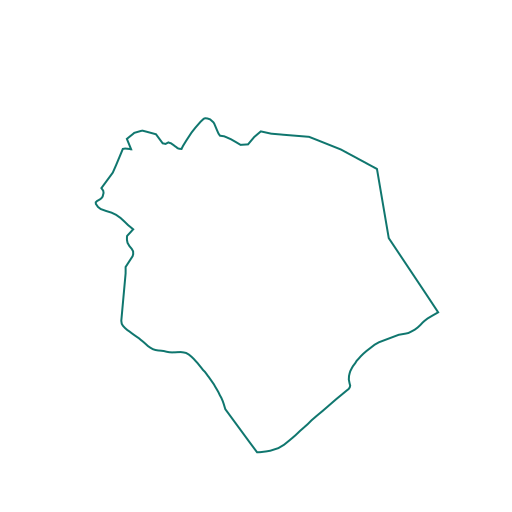 Haydan, Sa`dah, Yemen (Mercator projection), rotated 325°
{"feature_id": "15242507B69358324937252", "entity_name": "Haydan", "entity_type": "district", "adm_level": 2, "iso_a3": "YEM", "parent_name": "Yemen", "parent_adm1": "Sa`dah", "projection": "mercator", "projection_center": [43.376, 16.723], "detail": "fine", "context": "isolated", "style": "outline", "palette": "teal", "viewbox_px": 512, "rotation_deg": 325, "n_neighbors": 0, "source": "geoboundaries", "source_scale": "gbopen_adm2", "svg_char_len": 2903}
<svg xmlns="http://www.w3.org/2000/svg" viewBox="0 0 512 512"><g transform="rotate(325 256 256)"><path d="M372.9,406.6L373.5,384.0L375.0,317.5L405.0,254.1L386.6,217.4L374.4,198.8L373.1,196.8L367.8,188.8L347.4,171.9L346.5,171.1L338.6,164.5L332.9,158.3L331.4,156.7L322.8,157.5L314.2,159.8L313.5,160.0L307.1,156.1L304.8,151.0L302.4,145.9L300.5,142.8L300.0,141.9L299.4,141.0L298.6,139.7L295.5,136.8L295.5,135.1L295.5,134.2L296.2,130.6L296.9,127.4L297.6,124.1L297.7,123.8L297.8,122.1L296.8,117.8L295.1,115.5L293.4,114.0L291.9,113.6L287.7,114.2L280.0,116.1L274.0,117.9L265.0,121.5L259.0,124.1L258.8,124.3L257.9,124.7L256.4,125.6L254.6,124.1L253.5,122.6L253.4,121.8L253.3,121.4L252.7,119.9L251.9,117.3L251.7,116.9L251.0,114.9L249.8,113.4L249.4,112.7L246.2,112.3L244.8,110.8L244.2,110.2L244.0,103.0L243.9,98.9L237.8,91.6L234.9,88.2L233.6,87.6L226.9,85.3L225.1,85.5L221.7,85.7L217.4,86.0L214.9,97.0L214.6,96.8L214.3,96.3L213.9,95.9L213.6,95.6L213.0,95.1L212.6,94.8L212.2,94.4L211.8,94.0L211.3,93.7L210.9,93.3L210.6,93.0L210.0,92.7L208.3,91.9L204.9,94.1L194.0,101.0L193.7,101.2L187.1,105.2L186.8,105.4L186.4,105.6L168.3,111.7L168.3,112.4L168.3,114.9L167.3,116.9L164.4,119.4L162.5,120.0L160.7,120.1L157.3,119.8L155.5,120.1L154.7,121.5L154.7,125.2L155.7,128.4L159.0,133.1L162.5,137.6L165.0,142.0L166.9,147.3L168.1,152.9L168.9,157.2L170.7,163.7L162.0,165.6L161.2,166.4L159.5,168.8L158.3,171.6L158.0,175.3L158.3,178.8L158.0,181.7L156.5,184.0L154.8,185.4L142.9,190.2L142.2,191.2L141.1,192.8L139.1,195.6L108.5,231.8L107.2,234.4L107.1,234.8L107.1,235.1L107.0,236.4L107.0,237.1L107.4,239.9L108.1,242.8L109.1,245.4L109.9,248.0L110.8,250.6L111.9,253.6L112.9,256.2L113.7,259.4L113.8,259.5L114.5,262.0L115.2,264.9L115.8,267.7L116.8,270.4L118.1,273.2L119.7,275.3L121.6,277.2L123.9,279.1L126.0,281.0L127.9,283.2L129.8,285.1L131.9,286.8L132.1,286.9L134.3,288.4L136.8,289.9L138.3,290.9L139.1,291.4L141.3,293.4L143.1,295.3L144.0,297.2L144.5,298.3L145.4,301.6L146.0,304.7L146.3,307.3L146.7,310.2L146.9,313.5L147.1,316.1L147.2,318.6L147.2,318.8L147.7,321.6L147.8,324.5L147.8,326.9L147.9,327.5L147.9,328.0L147.9,330.5L147.9,333.6L147.9,334.1L147.9,337.0L147.6,339.8L147.4,342.8L147.1,346.1L146.5,349.5L146.4,350.8L146.2,352.6L146.1,353.0L145.5,355.9L144.6,359.0L143.6,362.0L143.0,363.9L143.9,403.9L144.3,417.4L146.9,419.1L152.2,421.9L156.0,423.7L164.1,426.2L170.7,426.7L177.8,426.2L185.4,425.5L191.9,424.5L201.9,423.4L207.5,422.4L213.5,421.8L223.0,421.0L239.3,419.3L253.3,418.2L255.6,418.1L257.4,417.4L258.8,416.2L259.6,414.0L261.2,410.4L263.4,407.6L265.4,405.8L267.2,404.4L270.2,402.8L272.3,401.8L275.8,400.7L278.3,399.6L281.1,399.0L284.4,398.2L288.0,397.6L291.8,397.2L296.2,397.0L302.3,396.7L307.3,397.2L314.8,399.1L327.7,402.4L334.3,405.5L336.7,406.5L339.5,406.9L343.7,407.4L347.4,407.3L351.0,406.8L354.3,406.1L356.7,405.8L360.7,405.6L366.2,406.0L372.6,406.6L372.9,406.6Z" fill="none" stroke="#0f766e" stroke-width="2"/></g></svg>